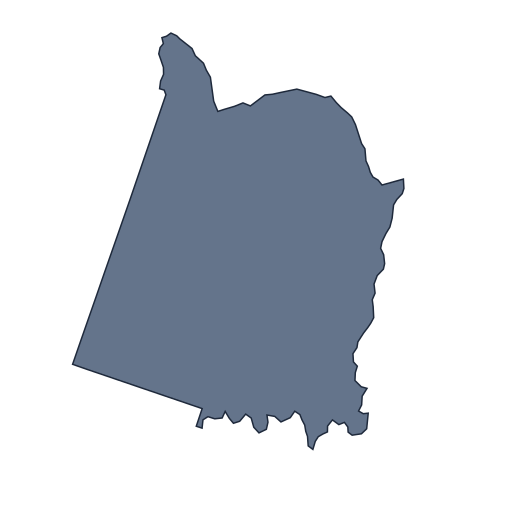 outline of Medianeira, Paraná, Brazil, rotated 200°
{"feature_id": "56859067B12275728934529", "entity_name": "Medianeira", "entity_type": "district", "adm_level": 2, "iso_a3": "BRA", "parent_name": "Brazil", "parent_adm1": "Paraná", "projection": "robinson", "projection_center": [-54.121, -25.266], "detail": "fine", "context": "isolated", "style": "filled", "palette": "slate", "viewbox_px": 512, "rotation_deg": 200, "n_neighbors": 0, "source": "geoboundaries", "source_scale": "gbopen_adm2", "svg_char_len": 1734}
<svg xmlns="http://www.w3.org/2000/svg" viewBox="0 0 512 512"><g transform="rotate(200 256 256)"><path d="M106.4,169.6L112.4,169.1L120.4,172.8L122.8,180.4L123.1,187.1L128.2,189.8L131.5,197.4L129.8,204.4L130.9,210.1L128.6,220.3L126.5,227.0L125.2,232.1L124.3,238.3L128.6,248.5L131.8,254.7L131.4,261.8L135.5,270.0L135.4,279.1L131.8,287.2L132.5,292.8L136.5,300.9L141.5,305.8L142.5,312.6L141.6,321.5L140.1,329.0L141.0,338.1L144.2,351.1L143.0,357.3L139.9,364.6L140.1,370.0L143.8,378.7L161.9,365.8L167.3,369.1L173.1,370.2L177.2,373.7L180.8,378.5L185.2,383.0L190.3,394.0L195.2,397.7L207.5,413.5L213.6,419.4L218.9,421.7L226.8,424.6L233.0,427.6L240.3,431.9L245.4,428.5L254.6,428.5L274.7,426.8L288.8,418.1L295.9,413.6L302.7,410.4L312.6,395.1L320.6,395.4L327.4,389.3L336.2,382.8L341.3,378.8L348.7,387.0L360.0,408.4L366.2,413.6L371.3,419.2L381.5,423.4L387.1,429.1L401.7,433.9L405.8,435.8L412.2,436.4L415.3,431.9L419.1,429.0L415.7,423.9L417.4,419.1L416.5,412.7L412.8,408.2L407.5,401.6L405.0,395.1L405.5,387.8L403.8,380.2L399.0,380.5L395.8,376.7L393.7,266.3L393.2,229.3L392.7,188.6L392.3,162.9L391.7,116.6L391.3,91.5L375.3,91.7L254.4,94.2L253.9,75.6L247.8,75.8L249.8,83.9L246.2,88.6L239.1,88.9L232.4,92.2L231.8,99.4L225.5,94.3L220.0,91.1L214.8,95.1L211.6,103.9L205.1,102.1L199.5,94.3L192.7,90.8L187.0,96.7L187.9,103.9L191.3,110.3L183.5,111.7L175.8,108.6L168.5,115.8L166.5,123.4L160.5,122.0L156.8,117.8L152.4,113.8L149.3,108.3L145.9,104.1L142.0,95.4L136.4,93.7L136.9,102.1L135.7,107.5L132.1,111.8L128.7,115.1L130.6,120.7L128.1,128.1L120.5,125.9L116.0,129.9L111.2,126.7L109.2,122.0L104.4,120.5L96.1,125.0L92.9,131.5L96.8,146.7L101.3,144.5L106.6,145.4L105.8,152.2L108.3,160.6L106.4,169.6Z" fill="#64748b" stroke="#1e293b" stroke-width="1.5"/></g></svg>